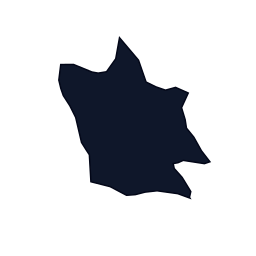 SVG path tracing the border of Riga, rotated 219°
{"feature_id": "LVA-1094", "entity_name": "Riga", "entity_type": "Republican City", "adm_level": 1, "iso_a3": "LVA", "parent_name": "Latvia", "parent_adm1": "", "projection": "robinson", "projection_center": [24.094, 56.981], "detail": "fine", "context": "isolated", "style": "filled", "palette": "ink", "viewbox_px": 256, "rotation_deg": 219, "n_neighbors": 0, "source": "natural_earth", "source_scale": "10m", "svg_char_len": 716}
<svg xmlns="http://www.w3.org/2000/svg" viewBox="0 0 256 256"><g transform="rotate(219 128 128)"><path d="M35.8,112.5L48.0,108.3L65.9,97.5L74.4,88.9L80.4,80.8L86.8,74.8L105.0,71.2L123.0,62.9L141.2,82.9L146.2,84.5L155.0,87.5L175.3,103.3L187.2,108.7L198.7,112.5L205.0,116.4L211.9,121.7L220.2,135.0L210.3,143.1L191.3,148.8L185.7,151.9L180.1,158.2L181.1,174.1L191.4,192.8L162.5,187.3L142.9,175.1L132.3,177.5L122.7,181.0L118.8,186.4L116.6,189.5L111.4,190.9L103.2,193.1L101.1,184.9L99.2,177.5L88.9,170.5L82.5,164.7L71.1,162.3L56.6,156.5L43.1,153.3L46.2,148.4L64.7,137.6L67.3,132.5L70.5,128.8L66.6,125.6L54.9,123.7L48.7,121.5L39.2,118.1L36.6,112.8L35.8,112.5Z" fill="#0f172a" stroke="#020617" stroke-width="1.5"/></g></svg>